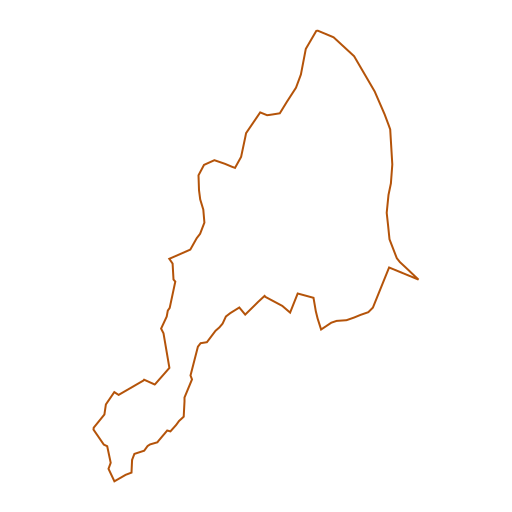 the district of Itu, Akwa Ibom, Nigeria
{"feature_id": "59680162B41031546236215", "entity_name": "Itu", "entity_type": "district", "adm_level": 2, "iso_a3": "NGA", "parent_name": "Nigeria", "parent_adm1": "Akwa Ibom", "projection": "equal_earth", "projection_center": [7.964, 5.137], "detail": "fine", "context": "isolated", "style": "outline", "palette": "amber", "viewbox_px": 512, "rotation_deg": 0, "n_neighbors": 0, "source": "geoboundaries", "source_scale": "gbopen_adm2", "svg_char_len": 1569}
<svg xmlns="http://www.w3.org/2000/svg" viewBox="0 0 512 512"><path d="M192.0,379.4L190.5,375.5L197.9,346.7L200.6,343.2L206.9,342.2L215.5,330.8L219.4,327.4L222.6,323.6L225.9,316.5L230.3,313.1L239.3,307.5L245.2,314.6L254.6,305.4L258.2,301.8L264.6,295.9L265.4,296.9L282.3,305.9L290.1,312.6L297.7,293.5L313.5,297.8L315.8,311.2L317.6,318.5L321.1,329.5L331.3,322.7L336.6,320.9L346.5,320.2L354.2,317.5L360.5,314.9L368.3,312.2L372.9,307.6L389.1,267.5L418.5,279.6L411.5,273.0L405.5,267.3L399.9,262.1L396.8,258.2L389.5,239.3L388.1,225.6L386.7,212.8L388.5,194.9L390.9,183.4L392.3,164.5L390.2,129.4L388.8,125.5L384.6,114.3L374.7,91.5L354.1,56.2L333.6,37.3L317.8,30.7L316.3,30.9L305.8,48.9L300.9,74.5L296.0,87.7L287.0,101.6L279.8,113.3L272.9,114.4L269.6,114.9L267.1,115.2L260.2,112.4L246.1,133.1L245.1,138.0L241.1,156.9L235.0,167.9L231.8,166.7L224.9,163.8L214.4,160.2L204.0,164.9L198.5,175.3L199.0,190.1L200.2,199.4L203.3,209.6L204.4,222.6L200.1,233.8L196.7,238.2L190.3,249.6L169.3,258.8L172.6,263.6L173.5,279.5L175.3,281.6L169.7,307.9L167.8,310.6L166.7,316.6L161.1,328.6L163.5,333.3L169.4,367.9L155.0,384.3L154.7,384.5L144.1,379.7L143.5,380.5L118.6,394.9L114.3,392.1L105.9,404.4L104.4,414.5L93.7,427.7L93.5,429.6L103.8,444.6L107.2,446.2L110.7,462.8L108.5,468.8L114.4,481.3L125.7,474.8L131.5,472.6L132.0,461.6L132.1,460.4L132.0,460.1L134.4,453.9L135.6,453.5L144.2,450.7L147.6,446.0L150.1,444.4L157.4,442.3L158.6,440.7L166.8,431.0L167.2,430.5L170.4,431.4L176.1,425.0L179.1,420.9L183.7,416.7L184.5,401.5L184.5,397.5L192.0,379.4Z" fill="none" stroke="#b45309" stroke-width="2"/></svg>